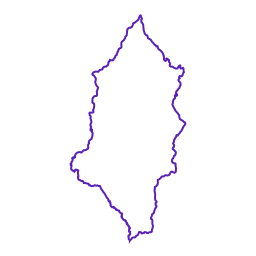 Gómez Plata, Antioquia, Colombia (Equal Earth projection)
{"feature_id": "7082276B25593969980338", "entity_name": "Gómez Plata", "entity_type": "district", "adm_level": 2, "iso_a3": "COL", "parent_name": "Colombia", "parent_adm1": "Antioquia", "projection": "equal_earth", "projection_center": [-75.193, 6.711], "detail": "fine", "context": "isolated", "style": "outline", "palette": "violet", "viewbox_px": 256, "rotation_deg": 0, "n_neighbors": 0, "source": "geoboundaries", "source_scale": "gbopen_adm2", "svg_char_len": 5812}
<svg xmlns="http://www.w3.org/2000/svg" viewBox="0 0 256 256"><path d="M183.6,70.9L183.4,68.3L183.1,67.9L181.1,68.5L180.7,68.4L180.2,67.6L180.2,67.0L180.4,65.9L180.0,65.4L179.2,65.8L178.7,66.3L177.7,68.1L177.4,68.4L176.8,68.6L176.0,68.6L173.9,67.7L172.4,66.6L170.6,66.6L169.9,66.0L169.7,65.6L169.7,65.0L170.1,64.1L170.1,63.3L169.0,61.8L169.0,60.5L168.8,59.9L166.8,58.5L166.4,58.8L166.8,59.5L166.8,59.9L166.6,60.2L165.3,60.9L164.5,60.3L164.1,59.7L163.7,55.5L162.3,52.4L160.3,50.3L158.9,49.5L157.9,48.0L157.7,46.7L157.4,46.2L156.8,46.0L156.3,46.3L155.8,45.4L154.4,44.6L153.4,43.1L152.0,41.8L150.8,39.7L148.2,38.4L147.9,38.0L147.7,36.8L147.2,35.5L146.1,35.1L144.7,33.5L143.7,30.2L143.2,24.9L142.6,23.4L141.3,21.9L141.3,19.6L141.8,19.1L141.9,18.4L141.2,17.2L140.7,15.5L140.5,15.4L139.8,15.9L139.4,17.0L138.9,18.0L138.5,19.6L134.6,22.8L133.8,23.0L133.1,23.5L132.8,25.0L132.0,26.8L130.5,27.8L129.4,27.6L128.1,28.5L127.4,29.4L127.2,30.3L126.7,35.3L125.3,36.8L125.2,38.0L123.9,40.0L121.7,42.0L121.4,42.7L121.3,45.2L121.5,45.9L121.4,47.2L120.8,48.0L119.8,48.3L119.4,48.8L118.8,48.9L118.0,51.4L117.5,52.0L117.3,53.1L116.7,54.0L116.7,54.9L115.4,55.9L115.2,56.5L115.1,57.5L113.6,59.0L113.2,60.2L110.7,60.4L109.9,59.9L109.5,60.5L109.4,61.0L108.5,62.2L108.3,62.7L108.4,63.9L107.8,65.3L106.9,65.7L106.2,66.6L104.9,66.6L103.6,67.1L102.9,67.8L102.6,68.8L102.2,69.5L99.9,69.9L98.2,71.8L96.3,71.5L95.5,71.6L93.5,72.4L92.9,73.0L92.4,74.0L92.5,74.7L94.0,75.6L95.1,77.4L95.7,78.2L95.9,79.2L95.3,81.8L95.3,82.7L96.3,85.3L97.7,86.9L98.1,87.8L96.8,91.5L97.1,94.5L97.0,95.4L96.6,95.9L94.4,96.2L93.8,96.6L92.5,98.6L92.4,102.4L92.7,102.9L93.4,103.1L93.8,103.5L94.1,104.1L94.2,104.9L94.1,107.6L93.1,110.2L93.5,111.8L93.3,112.2L92.6,112.6L89.8,112.6L89.5,112.9L89.4,113.3L89.7,115.0L90.7,116.3L90.5,118.4L91.4,121.3L91.3,122.6L90.4,124.6L90.5,125.7L91.2,126.9L90.6,128.9L90.5,130.2L90.7,130.5L90.9,130.6L91.4,129.3L91.7,129.3L92.0,129.7L92.1,131.0L91.9,132.1L92.5,132.9L92.6,133.2L92.4,136.2L91.6,138.3L91.5,139.0L90.3,139.6L88.9,141.3L88.8,142.4L89.0,142.7L89.0,143.3L88.1,144.9L88.1,146.4L88.3,147.7L88.1,148.5L85.7,150.1L83.4,150.4L81.5,152.5L81.0,152.5L80.3,152.1L79.1,152.1L77.4,152.6L76.1,153.5L75.4,154.7L74.8,155.9L75.1,157.0L74.9,157.4L74.3,157.5L73.7,158.2L73.4,158.2L73.0,157.5L72.2,158.1L72.2,158.5L72.6,159.2L72.5,160.8L71.5,161.9L71.5,163.1L70.7,163.7L70.7,164.9L70.9,165.2L71.4,165.1L71.6,165.8L71.2,167.1L71.3,168.1L71.1,169.0L72.5,170.6L73.1,170.7L73.9,171.3L74.6,170.4L74.8,170.4L74.9,170.8L75.4,169.8L75.8,169.6L76.5,169.7L76.9,170.1L77.6,170.0L78.0,170.3L78.3,170.7L77.9,172.3L77.9,173.1L78.4,176.2L78.4,176.6L77.9,177.0L78.2,178.8L78.7,179.7L80.0,180.1L81.1,180.9L81.4,181.0L82.0,180.8L82.9,181.1L83.5,182.1L83.8,183.0L85.8,183.1L86.9,183.5L88.3,183.7L88.9,184.3L89.2,185.2L89.9,185.1L90.2,185.6L91.4,186.2L93.4,185.9L94.7,185.2L96.3,185.7L97.3,185.4L98.5,186.0L99.8,185.9L100.0,186.1L101.5,189.5L102.6,190.7L103.2,191.9L104.5,193.4L106.1,196.2L106.6,197.3L108.1,198.9L108.4,199.6L108.5,200.9L108.7,201.1L109.0,200.9L109.3,201.4L109.9,201.4L109.9,202.5L110.4,202.8L110.4,203.7L110.7,204.3L110.5,205.5L110.7,205.8L111.9,207.2L112.6,207.2L113.1,207.0L113.6,207.6L113.9,207.1L114.4,207.4L114.8,208.3L115.6,208.6L116.3,210.0L116.7,210.1L117.0,209.7L118.2,210.5L119.1,210.6L119.3,211.0L119.5,212.1L119.8,212.4L121.2,213.4L122.0,213.6L121.8,214.1L122.0,215.2L121.4,216.1L121.5,216.8L122.1,217.1L122.0,217.9L123.4,219.6L124.5,220.3L124.9,220.1L125.7,220.6L125.6,221.3L126.6,222.4L126.6,223.5L126.8,224.0L127.0,224.1L127.3,223.9L127.5,224.8L128.0,225.1L128.3,225.8L128.7,226.0L128.9,226.8L129.7,227.3L129.9,228.4L129.7,228.8L129.2,228.8L129.0,231.2L129.1,231.6L129.5,232.0L130.1,231.9L130.0,233.4L130.3,233.9L129.4,235.3L128.8,235.4L128.4,235.9L128.6,238.0L128.9,239.3L129.9,240.2L129.9,240.6L130.3,240.0L131.3,239.2L132.0,238.1L133.0,237.5L134.9,237.4L135.3,237.2L136.0,236.1L137.8,235.0L138.4,234.0L138.7,232.8L139.1,232.1L139.4,232.0L141.0,232.3L141.7,233.4L142.0,233.5L143.5,232.8L144.2,232.8L144.5,232.3L144.8,232.1L145.9,232.2L146.9,233.0L148.0,233.1L149.4,232.2L150.9,232.2L151.7,231.7L152.0,229.6L152.6,228.0L152.9,225.6L152.3,223.6L152.4,220.8L152.2,219.9L151.9,219.3L151.1,218.9L151.0,217.8L151.8,216.0L152.1,214.4L154.0,212.7L154.3,210.7L155.4,208.1L156.2,207.3L156.5,206.1L156.4,205.7L155.7,205.1L155.5,203.8L155.5,203.2L156.5,202.4L156.6,201.8L156.4,201.3L155.4,200.2L155.2,199.7L155.0,196.9L155.2,195.6L155.1,193.9L154.6,191.1L154.9,187.0L156.2,186.3L157.5,184.6L157.9,182.9L157.7,180.9L157.8,179.9L158.8,179.5L160.3,178.4L160.8,177.9L161.6,176.6L163.8,176.4L164.5,175.7L165.4,175.2L167.5,175.5L169.2,174.8L169.6,174.5L170.5,172.4L171.3,171.7L172.4,171.7L173.5,172.5L174.4,172.7L175.3,172.3L175.7,171.7L175.9,170.8L176.0,167.9L175.6,166.6L175.6,164.0L175.4,163.5L174.4,163.4L172.5,162.5L172.0,161.4L172.2,159.3L173.3,158.1L174.1,155.8L174.9,155.4L175.4,154.7L175.8,152.8L175.8,152.1L175.5,151.5L174.8,151.0L174.4,150.3L173.2,149.5L172.7,148.6L172.9,147.7L173.9,146.8L174.1,146.0L173.9,144.6L173.1,143.7L173.1,143.3L173.9,142.0L174.2,139.6L175.0,138.7L175.5,137.5L176.1,136.8L176.4,135.4L176.7,135.2L177.1,135.7L177.6,135.6L178.6,134.2L179.5,133.3L180.1,132.2L181.5,130.8L183.5,126.6L185.1,124.5L185.3,123.4L185.0,122.4L184.0,122.1L182.9,120.9L181.2,119.9L179.8,118.8L179.4,117.5L179.2,115.3L177.4,112.8L175.8,111.2L173.2,106.5L172.5,104.8L172.4,104.3L172.9,103.1L173.0,101.2L173.5,99.7L173.8,99.2L174.7,98.6L175.1,98.1L175.1,97.3L174.8,96.0L174.9,95.4L175.5,94.9L176.5,95.8L177.1,95.5L177.0,94.4L176.0,93.0L176.0,92.5L176.3,92.0L176.6,91.0L177.6,90.1L178.5,88.7L179.5,87.8L179.7,86.8L180.6,85.1L180.5,83.4L180.2,82.6L178.8,81.0L178.4,80.1L178.8,79.0L179.6,78.4L179.1,77.2L179.5,76.2L180.0,76.0L181.1,76.3L182.2,75.7L182.5,75.2L183.0,73.4L183.9,72.2L183.6,70.9Z" fill="none" stroke="#5b21b6" stroke-width="2"/></svg>